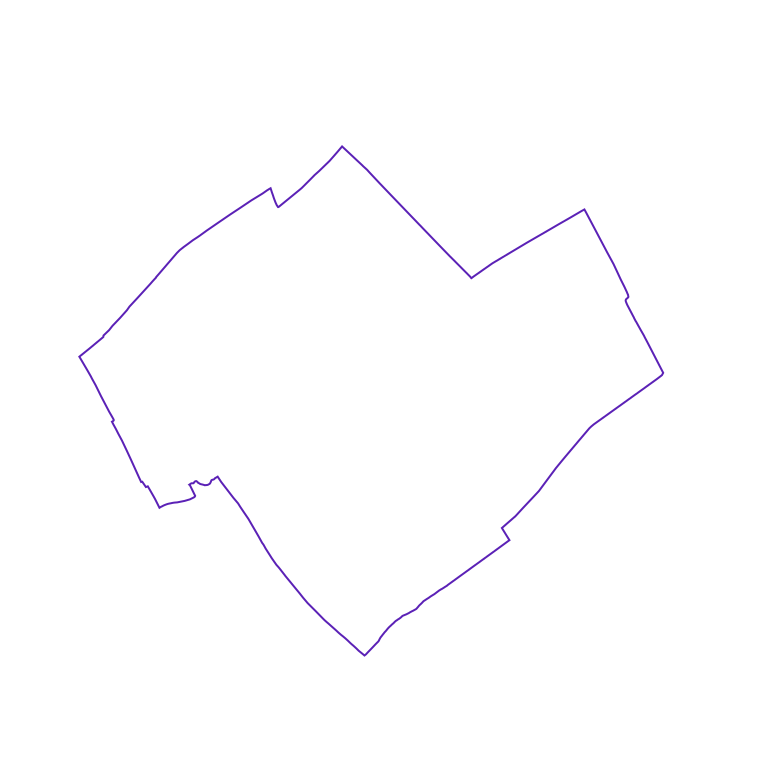 Baleni, Galati, Romania, rotated 61°
{"feature_id": "2599482B3331381217187", "entity_name": "Baleni", "entity_type": "district", "adm_level": 2, "iso_a3": "ROU", "parent_name": "Romania", "parent_adm1": "Galati", "projection": "orthographic", "projection_center": [27.839, 45.802], "detail": "fine", "context": "isolated", "style": "outline", "palette": "violet", "viewbox_px": 768, "rotation_deg": 61, "n_neighbors": 0, "source": "geoboundaries", "source_scale": "gbopen_adm2", "svg_char_len": 4677}
<svg xmlns="http://www.w3.org/2000/svg" viewBox="0 0 768 768"><g transform="rotate(61 384 384)"><path d="M328.5,124.1L328.5,127.6L328.8,140.3L329.0,154.7L329.2,163.3L329.7,190.6L331.0,230.7L333.4,253.3L333.8,256.1L333.8,256.3L331.9,256.6L305.8,264.0L305.4,264.1L304.9,264.3L289.7,268.4L266.8,274.5L262.9,275.5L262.3,275.7L224.6,285.7L206.4,290.5L191.7,294.2L188.6,294.9L183.0,296.8L182.8,296.8L173.5,299.8L155.9,305.5L158.7,312.9L162.5,323.5L166.3,337.6L167.6,343.4L169.4,349.4L172.7,360.9L173.2,363.4L178.1,390.5L177.9,390.9L175.6,391.1L172.8,390.9L169.3,390.4L167.4,390.1L165.5,389.7L161.9,389.1L159.4,388.6L157.8,388.3L157.8,388.5L157.8,389.0L157.8,389.8L157.9,391.3L157.9,391.5L157.9,392.0L158.5,397.6L158.6,399.4L159.1,411.1L160.2,423.8L161.2,436.6L162.4,449.4L163.9,464.9L165.0,473.9L165.2,476.1L165.6,481.6L166.4,487.3L167.1,493.0L167.9,497.8L169.0,501.6L176.6,522.1L180.1,531.6L180.4,531.8L180.7,532.8L181.9,536.4L183.2,540.0L189.4,558.4L192.9,569.1L194.8,573.0L198.2,582.7L201.5,593.3L203.6,598.3L205.6,605.8L206.8,606.7L210.2,624.5L212.4,637.2L212.7,637.2L216.4,637.1L228.4,636.8L235.2,636.7L237.7,636.8L245.2,636.8L251.3,637.1L257.5,637.4L274.6,637.8L275.4,637.8L280.8,637.7L284.0,637.7L284.6,637.9L284.8,638.1L284.9,638.3L285.1,639.2L285.1,640.2L288.2,640.3L288.3,640.3L289.5,640.3L293.3,640.3L296.0,640.4L298.6,640.5L306.5,640.6L317.7,641.3L327.5,642.0L347.3,643.6L352.0,643.9L352.3,642.8L355.5,642.5L358.7,642.2L359.0,640.2L363.8,640.1L370.5,640.0L373.7,640.0L383.4,640.4L383.3,638.9L383.4,637.2L383.4,636.2L383.5,634.8L383.8,632.6L384.1,631.1L384.5,629.7L385.0,628.2L385.4,626.8L386.0,625.1L387.3,622.2L389.6,615.0L390.8,609.7L391.0,605.2L390.8,604.1L390.3,603.4L378.4,602.8L377.7,603.1L377.6,602.3L377.5,601.6L377.5,600.7L377.6,600.3L378.0,599.6L378.3,599.2L378.3,598.9L378.4,598.6L378.3,598.4L378.2,598.2L378.0,597.8L377.8,597.3L377.7,597.0L377.6,596.5L377.7,596.0L377.8,595.4L378.3,595.0L378.9,594.8L379.7,594.5L380.5,594.4L381.2,593.8L382.4,593.2L384.2,591.2L384.7,590.7L385.3,590.1L385.7,589.8L385.9,589.2L386.1,588.7L386.5,587.9L386.7,587.2L386.8,586.7L386.8,585.7L386.8,585.1L386.7,584.7L386.6,584.3L386.3,583.9L385.9,583.3L385.3,582.5L384.9,582.1L384.6,581.7L384.5,581.4L384.5,581.0L384.6,580.4L384.8,579.8L384.9,579.4L384.9,579.0L384.9,578.7L384.8,578.3L384.5,577.7L384.4,574.4L390.7,573.9L410.6,570.9L417.7,569.5L421.6,569.3L427.5,568.8L436.2,568.0L456.0,567.6L459.9,567.6L461.7,567.6L463.9,567.6L466.0,567.3L467.7,567.3L470.7,567.3L478.5,566.8L482.1,566.6L489.9,565.8L493.4,565.0L502.8,563.5L504.3,563.3L521.2,560.2L526.6,559.2L531.6,558.4L538.6,557.0L549.4,553.9L560.3,550.9L561.7,550.5L564.3,549.6L566.7,548.7L568.7,548.0L571.0,547.2L574.1,546.1L576.4,545.3L579.5,544.3L582.5,543.2L584.9,542.2L587.5,541.2L590.7,540.1L594.0,539.1L595.8,538.5L598.2,537.6L601.8,536.4L604.9,535.5L608.4,534.1L610.4,533.3L612.0,532.7L611.7,530.8L610.8,528.1L609.8,524.8L609.0,522.2L608.3,520.0L607.5,517.5L606.8,515.1L606.5,514.0L606.2,513.3L605.9,512.8L605.1,511.7L604.8,511.2L604.0,509.9L603.1,507.7L602.5,506.4L602.1,505.3L601.5,504.0L600.9,502.1L600.3,500.6L599.8,499.4L599.4,498.2L599.0,496.9L598.7,495.5L598.2,493.7L597.8,491.7L597.6,491.1L597.5,490.6L597.2,489.9L597.1,489.2L596.9,488.5L596.9,487.4L596.7,486.3L596.7,485.1L596.6,484.1L596.5,483.3L596.3,482.1L596.0,481.1L595.9,480.8L595.8,480.1L596.0,478.3L596.2,476.6L596.3,475.9L596.3,474.7L596.4,473.7L596.3,472.2L596.3,470.0L596.4,468.4L596.4,467.1L596.4,466.1L596.4,465.2L596.3,464.5L595.8,463.2L595.3,461.8L595.0,461.2L594.6,459.9L594.4,459.0L594.2,458.3L594.2,458.1L594.1,457.9L593.9,457.1L593.4,455.6L593.2,455.1L593.1,454.6L593.0,453.1L592.8,450.7L592.7,448.7L592.4,446.2L592.3,444.4L592.2,441.8L591.5,437.0L591.3,435.5L591.3,434.8L591.3,434.4L591.2,434.0L591.3,433.2L591.2,430.9L591.0,428.4L591.0,427.2L590.8,426.0L590.7,425.8L584.0,370.7L581.4,350.0L575.7,350.3L567.1,350.7L565.7,344.2L563.3,333.0L559.7,322.2L555.2,308.1L554.2,305.0L552.7,300.4L540.9,274.4L538.0,267.1L535.2,259.9L528.0,241.0L522.3,225.9L521.6,223.2L521.0,220.0L517.8,192.5L515.1,169.5L515.0,168.4L513.0,151.7L512.4,146.6L512.0,143.2L511.8,141.8L511.3,138.4L511.0,136.6L509.6,134.4L478.8,133.5L475.1,133.4L469.5,133.3L468.0,133.2L467.2,133.2L460.8,133.3L456.4,133.3L455.7,133.3L451.7,133.3L450.8,133.4L447.5,133.3L446.9,133.2L445.3,133.2L441.4,133.1L436.8,133.0L432.6,132.9L432.0,132.8L431.4,132.8L430.8,132.7L429.2,132.5L428.2,132.2L427.6,131.7L427.2,131.0L426.8,129.1L426.6,128.5L426.3,128.0L425.3,127.7L424.3,127.3L423.9,127.3L422.6,127.2L421.2,127.0L419.3,126.9L418.2,126.8L415.3,126.6L407.7,126.3L397.8,125.6L390.3,125.1L376.7,125.0L347.7,124.4L331.8,124.1L328.5,124.1Z" fill="none" stroke="#5b21b6" stroke-width="2"/></g></svg>